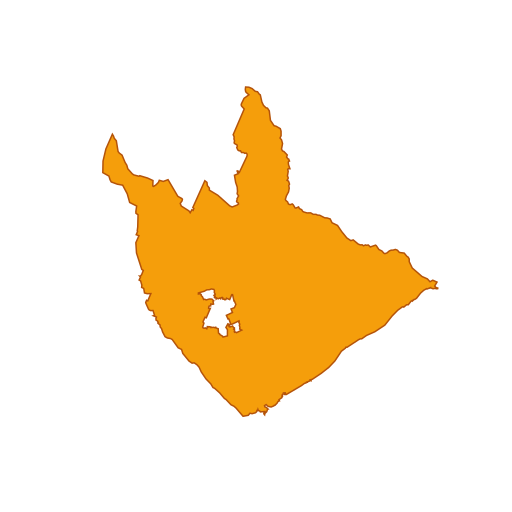 outline of Serdang Bedagai, Sumatera Utara, Indonesia, rotated 113°
{"feature_id": "22746128B52277249956552", "entity_name": "Serdang Bedagai", "entity_type": "district", "adm_level": 2, "iso_a3": "IDN", "parent_name": "Indonesia", "parent_adm1": "Sumatera Utara", "projection": "orthographic", "projection_center": [99.078, 3.349], "detail": "fine", "context": "isolated", "style": "filled", "palette": "amber", "viewbox_px": 512, "rotation_deg": 113, "n_neighbors": 0, "source": "geoboundaries", "source_scale": "gbopen_adm2", "svg_char_len": 6145}
<svg xmlns="http://www.w3.org/2000/svg" viewBox="0 0 512 512"><g transform="rotate(113 256 256)"><path d="M362.4,312.3L365.8,308.2L366.1,305.6L365.4,302.5L365.6,300.5L370.9,291.8L371.1,288.0L374.3,285.3L378.9,276.6L379.6,273.0L378.5,271.1L379.2,267.8L380.6,264.9L384.1,261.1L388.7,254.0L391.4,247.6L393.9,244.2L394.0,242.3L396.2,235.9L399.5,229.4L399.8,227.5L402.7,220.9L402.9,217.6L403.8,214.9L408.6,205.3L405.7,200.9L403.1,200.1L402.7,198.0L400.5,195.2L398.8,194.5L397.8,194.8L397.6,194.2L396.5,194.3L397.4,193.5L397.2,192.1L397.8,191.1L395.3,186.4L396.8,187.4L397.6,187.4L398.3,187.0L398.8,186.0L397.5,186.3L395.1,185.3L392.5,185.5L392.2,185.1L391.4,187.2L391.4,188.9L390.4,189.7L388.8,188.6L389.7,186.2L389.1,183.1L387.0,181.0L386.4,180.9L386.0,180.2L383.2,179.1L381.3,178.9L380.7,178.3L380.1,178.4L380.0,178.0L379.3,178.7L376.2,176.8L375.6,177.2L374.7,176.8L373.9,177.7L372.9,177.2L371.4,177.3L370.5,175.7L371.4,175.0L371.8,175.6L372.3,175.6L371.7,174.0L357.5,163.5L354.4,161.7L353.2,160.3L352.4,160.3L352.1,159.3L351.6,159.3L349.6,157.3L349.2,157.6L349.2,156.6L348.3,157.1L347.5,156.0L338.5,150.1L329.9,145.4L321.9,142.4L310.3,140.2L305.9,137.7L304.8,137.6L304.4,136.5L293.0,128.9L291.6,127.7L290.9,126.3L285.9,123.2L279.3,117.0L269.3,110.4L258.1,107.3L250.5,104.3L245.8,101.5L245.2,100.8L245.3,100.0L242.0,98.3L241.4,96.8L237.3,95.7L236.0,94.8L236.3,94.4L234.2,93.5L234.0,92.9L232.2,91.7L225.8,90.0L222.0,88.2L219.4,86.2L219.6,85.7L217.3,83.4L217.6,83.4L217.1,82.7L217.0,80.2L215.7,78.4L215.8,77.4L215.1,76.0L214.5,76.1L214.6,78.3L213.8,79.8L209.3,79.2L209.2,83.8L211.7,85.8L210.1,89.3L210.0,95.2L206.0,107.5L201.4,112.7L198.9,113.8L197.6,115.5L197.3,117.1L195.4,120.7L196.7,125.4L195.4,128.1L195.5,130.3L197.0,132.1L197.9,134.0L199.3,135.3L202.1,136.7L203.5,138.3L203.4,139.6L202.2,142.0L202.0,145.4L199.5,149.3L199.3,150.2L203.0,154.3L202.0,157.0L203.0,158.5L203.0,159.5L204.6,161.1L204.2,162.7L205.0,164.2L205.1,166.5L203.2,172.8L204.8,174.7L203.9,179.4L200.1,186.6L196.0,192.9L195.7,199.0L192.9,202.2L193.2,205.4L194.0,207.7L193.6,213.3L194.3,215.3L194.2,217.0L195.3,219.7L194.9,222.5L196.4,225.8L196.8,229.2L196.7,230.4L195.5,232.1L195.4,234.5L194.2,236.0L196.2,237.9L196.5,238.7L194.3,241.8L193.9,243.0L195.4,244.6L195.5,246.4L193.9,248.0L193.2,250.2L192.4,251.1L188.7,251.5L184.3,251.1L180.6,251.9L178.3,253.4L176.9,253.2L176.3,253.6L174.4,255.3L174.2,257.0L172.1,256.7L171.0,257.2L170.2,258.3L165.6,259.4L163.8,260.7L163.0,260.3L162.4,258.9L159.3,261.7L157.4,262.8L156.2,263.0L155.5,262.3L154.0,263.8L154.1,264.5L153.0,266.5L150.8,266.7L148.9,271.1L148.9,272.7L147.6,274.3L142.1,275.5L139.1,277.9L138.0,280.0L135.5,279.9L131.3,281.7L129.3,283.4L128.7,288.2L129.0,290.3L125.5,295.7L117.2,300.5L115.4,303.2L115.7,304.7L114.4,308.0L111.9,310.8L106.0,315.0L105.7,316.3L104.2,318.8L104.7,321.0L103.4,325.0L103.4,328.5L104.5,331.6L106.7,331.0L108.4,330.0L109.2,329.1L110.4,325.5L115.5,328.6L121.6,328.9L122.7,328.7L123.6,327.9L125.3,324.3L153.3,324.4L154.8,322.7L156.9,322.0L158.3,320.8L160.2,320.4L160.8,319.9L161.2,316.8L162.2,316.1L163.7,316.1L165.5,314.2L165.8,312.5L165.2,311.4L166.4,309.8L165.6,307.7L165.9,306.5L165.1,305.3L165.5,304.3L166.3,303.6L168.0,303.3L185.7,304.0L185.7,304.7L185.4,304.6L184.7,306.0L185.2,306.6L187.2,304.6L190.1,307.4L196.2,303.5L199.8,300.3L203.7,298.3L206.1,297.7L207.5,295.5L210.6,295.9L211.5,295.4L213.2,295.3L214.0,294.3L214.0,293.1L215.0,292.4L216.4,293.2L220.2,297.1L220.1,299.8L215.0,314.9L213.6,324.7L211.7,325.5L210.2,328.3L207.4,329.9L206.7,332.5L236.1,333.1L236.5,331.8L238.6,331.7L238.5,333.1L241.9,333.5L240.7,335.3L239.2,344.3L237.2,346.3L234.2,345.6L232.5,345.9L232.1,346.6L231.6,351.3L220.1,366.8L223.6,370.5L224.1,374.6L226.4,374.6L229.7,375.9L232.0,377.5L231.9,378.3L231.3,378.6L226.8,380.3L226.6,386.3L227.5,394.4L228.3,394.8L229.1,400.1L228.7,402.0L225.8,408.1L222.9,410.4L221.0,413.1L215.5,418.7L214.7,422.0L213.7,423.8L204.5,429.6L203.0,432.5L201.3,434.0L200.0,435.8L216.1,436.0L228.4,433.9L239.1,429.6L239.9,422.6L242.8,420.2L244.4,418.2L244.1,411.8L242.9,406.4L249.1,398.8L256.1,393.2L256.6,385.4L261.9,384.0L263.6,383.2L264.1,380.8L265.1,380.3L275.5,376.2L279.1,375.2L279.7,374.6L283.2,374.6L283.1,371.7L290.7,371.8L299.9,367.2L313.0,355.9L313.3,354.1L318.0,354.0L319.9,354.7L320.0,355.1L320.5,354.1L323.8,354.2L324.0,352.5L327.4,349.7L329.6,349.0L329.7,346.7L333.6,344.2L333.2,341.4L331.7,338.1L339.6,338.1L339.5,339.4L341.8,339.4L342.7,338.7L346.9,334.2L347.4,333.2L347.4,331.5L346.4,329.5L350.3,326.2L351.1,327.1L351.1,323.8L352.6,323.7L354.1,322.9L354.3,321.2L355.2,320.6L355.2,320.0L356.3,319.9L356.9,317.5L358.8,316.4L359.7,314.6L362.4,312.3ZM329.8,240.2L334.2,244.0L333.9,245.0L334.6,245.8L334.2,246.4L332.4,246.8L332.1,247.9L331.3,247.5L330.6,247.8L330.6,248.8L329.6,250.2L331.3,251.9L331.6,252.7L331.0,252.8L331.1,253.5L330.5,253.5L330.5,253.0L330.0,253.3L330.2,254.0L329.4,253.9L329.4,255.4L333.5,255.8L335.0,253.5L340.7,251.1L343.5,254.7L342.9,255.3L342.4,258.8L341.9,259.0L341.6,260.4L337.7,262.4L337.9,264.5L337.3,265.2L338.1,265.8L338.1,266.9L339.4,269.5L339.0,269.6L339.4,271.8L339.9,272.1L340.0,273.2L342.2,272.9L342.0,274.6L342.8,275.6L342.8,276.7L342.3,277.3L338.1,277.7L337.7,278.8L337.0,279.1L332.3,279.0L332.3,277.6L322.1,277.6L322.8,279.1L321.5,279.6L320.3,279.5L319.6,278.2L317.8,278.8L317.3,276.8L316.8,276.3L314.7,277.8L313.8,277.4L312.9,279.8L313.8,282.1L315.9,284.7L315.8,286.3L316.5,287.2L314.5,289.3L313.8,291.0L312.9,291.4L312.6,292.7L313.5,294.2L312.5,294.6L308.7,289.9L306.4,288.1L305.2,285.7L303.8,284.2L303.2,281.7L304.1,280.7L305.8,280.2L307.1,278.6L308.6,279.3L308.9,277.8L309.4,277.7L310.0,278.3L310.4,278.1L310.6,277.2L310.0,276.2L311.0,275.8L310.1,275.4L310.2,274.1L308.8,272.9L309.2,271.8L308.1,271.8L307.3,271.0L307.5,270.2L308.5,270.0L308.7,269.5L308.1,268.3L308.5,267.5L307.8,266.7L306.4,266.7L306.4,263.2L301.0,263.2L300.7,262.5L306.0,258.7L305.8,258.4L308.5,255.6L312.0,255.7L314.5,258.3L317.2,255.6L322.2,260.1L324.9,257.2L324.4,256.7L325.0,255.9L328.7,252.5L328.0,251.3L322.3,246.3L322.7,246.0L323.2,246.5L325.1,244.3L326.2,244.3L328.2,242.8L329.6,242.5L329.8,240.2Z" fill="#f59e0b" stroke="#b45309" stroke-width="1.5"/></g></svg>